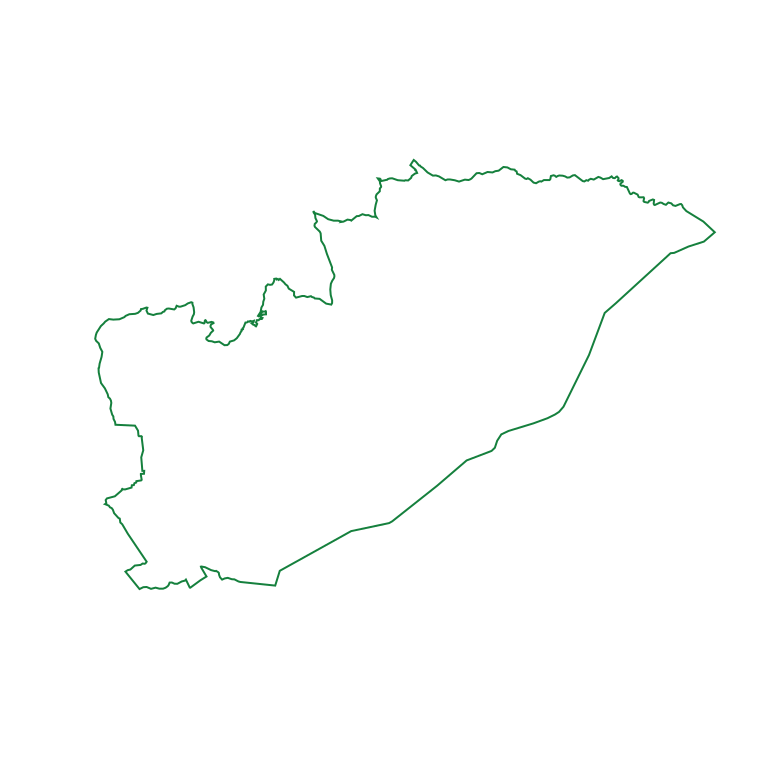 Budesti, Vâlcea, Romania, rotated 192°
{"feature_id": "2599482B58071086432896", "entity_name": "Budesti", "entity_type": "district", "adm_level": 2, "iso_a3": "ROU", "parent_name": "Romania", "parent_adm1": "Vâlcea", "projection": "albers", "projection_center": [24.395, 45.044], "detail": "fine", "context": "isolated", "style": "outline", "palette": "green", "viewbox_px": 768, "rotation_deg": 192, "n_neighbors": 0, "source": "geoboundaries", "source_scale": "gbopen_adm2", "svg_char_len": 6165}
<svg xmlns="http://www.w3.org/2000/svg" viewBox="0 0 768 768"><g transform="rotate(192 384 384)"><path d="M308.3,621.5L312.3,621.1L316.2,616.5L319.4,615.3L321.8,613.5L326.8,612.9L331.5,609.6L334.7,610.2L337.3,609.4L341.1,603.2L342.1,602.2L343.7,601.1L347.4,600.7L352.7,597.6L357.1,598.0L361.9,597.8L364.3,597.3L366.3,596.1L373.4,598.5L376.6,598.8L379.5,598.0L385.4,600.0L390.8,603.4L393.5,604.4L394.1,605.1L395.2,605.1L398.9,608.0L401.5,609.3L403.7,603.5L397.8,600.3L398.0,599.8L396.8,599.1L395.5,597.3L397.5,596.2L400.1,593.2L400.3,591.3L402.7,588.1L405.6,587.7L406.2,587.1L412.9,586.2L418.5,586.9L420.8,586.4L422.8,585.3L423.3,584.5L429.0,581.9L430.0,583.6L430.7,584.0L432.8,583.8L430.2,581.4L429.6,579.5L427.9,576.8L427.8,576.1L428.7,574.4L428.2,571.6L430.7,567.9L431.0,565.9L430.8,564.6L429.1,562.2L429.4,557.6L429.2,551.5L427.5,547.1L425.9,545.4L427.3,545.8L430.5,545.1L434.3,546.0L436.9,545.3L440.4,545.6L443.5,543.1L445.6,542.5L450.0,537.0L450.7,537.4L453.9,537.2L457.4,534.4L459.6,533.6L459.3,534.1L463.1,534.2L467.2,533.3L472.9,533.6L478.3,535.8L487.3,536.9L489.0,538.5L488.5,537.1L486.6,535.3L485.6,532.1L483.4,529.2L483.7,528.1L485.0,526.2L484.9,524.3L484.1,523.2L478.5,519.7L477.3,518.2L475.2,511.1L471.0,506.7L466.9,499.4L459.0,487.2L458.8,485.0L458.4,484.4L455.3,480.4L454.9,479.0L454.9,477.3L456.1,474.2L456.8,471.0L456.2,465.3L454.6,459.9L452.1,455.0L451.6,452.4L452.1,450.7L457.3,450.6L464.7,453.9L469.5,453.3L470.6,454.0L472.5,454.1L473.7,454.7L477.1,453.1L480.2,453.5L482.3,453.1L488.0,450.2L490.4,451.9L491.1,455.4L497.0,457.5L498.9,460.0L501.2,461.1L502.9,462.5L507.6,465.2L508.6,463.9L509.7,464.7L510.6,463.9L511.4,464.7L513.2,464.0L512.9,462.8L513.2,460.3L514.2,458.0L516.1,457.3L518.3,457.3L519.9,454.7L519.0,450.9L520.3,446.5L518.8,442.5L519.2,439.4L518.8,436.3L519.8,433.4L519.7,428.9L521.4,424.4L520.7,424.2L519.7,426.3L518.6,427.7L518.3,428.6L518.7,430.5L518.3,429.8L517.1,429.7L515.8,430.0L514.9,430.7L514.5,430.2L513.9,427.6L516.4,426.9L519.1,424.6L518.5,423.5L516.6,423.3L517.0,422.2L519.2,421.6L519.9,420.3L521.5,420.1L522.0,417.6L520.5,416.4L521.1,413.8L521.7,413.8L522.6,414.8L524.2,414.8L526.0,415.8L525.2,416.1L524.4,417.6L524.4,418.8L526.0,417.8L527.9,417.9L528.7,417.1L530.1,416.9L530.2,416.3L531.1,415.6L532.3,415.3L533.2,409.9L533.8,409.1L533.4,408.3L534.4,407.7L534.1,407.3L534.6,406.7L534.4,405.9L535.1,404.7L535.3,403.1L537.5,398.2L539.7,395.5L543.6,393.4L544.2,390.9L545.4,389.5L548.1,388.8L554.1,391.2L558.2,389.6L561.3,390.0L564.5,389.6L566.9,390.7L567.3,391.5L567.2,392.6L565.0,395.1L564.0,398.1L562.2,400.7L562.6,401.4L565.4,403.6L565.8,404.6L565.5,406.4L563.4,408.1L563.7,408.7L565.6,408.9L569.1,407.2L570.3,407.6L571.5,409.1L572.0,409.3L572.4,408.8L572.3,406.2L572.7,405.8L578.4,406.3L583.2,403.6L583.9,403.8L585.3,404.9L585.7,405.9L585.2,410.3L584.5,412.6L584.6,414.7L586.2,419.4L588.0,422.3L588.3,423.7L589.6,423.9L592.7,422.0L594.8,419.8L599.0,417.4L600.5,417.0L603.1,417.4L603.6,414.7L604.7,413.3L610.2,413.1L612.0,412.5L613.7,410.5L613.9,409.3L615.3,408.5L616.5,406.8L620.9,405.3L624.0,403.5L629.6,403.8L631.6,406.4L631.3,409.4L632.3,409.4L635.5,407.4L637.3,406.7L637.3,405.3L639.5,402.4L642.0,400.9L647.6,399.3L650.9,396.9L651.9,395.4L656.3,392.3L662.2,390.7L666.6,390.3L669.7,387.0L670.8,384.9L673.0,381.8L675.7,374.6L676.0,372.1L675.9,368.2L674.6,366.4L671.4,364.4L669.1,360.4L666.2,356.9L665.9,351.8L666.4,344.8L666.1,340.5L666.5,340.1L665.4,335.9L661.0,326.1L656.1,321.7L652.1,316.5L650.9,313.8L649.0,312.7L647.6,310.9L646.8,308.8L646.5,303.1L643.5,297.5L642.0,296.0L641.3,293.6L639.2,291.0L638.2,288.3L618.9,291.5L614.9,287.2L613.4,282.4L612.8,282.0L610.4,282.5L609.8,282.0L609.8,281.0L605.7,269.1L606.2,261.8L602.3,248.8L600.5,249.2L600.1,246.3L603.1,245.5L602.9,244.4L601.1,239.9L601.5,239.2L606.0,237.5L605.9,236.1L607.5,235.1L607.7,233.1L609.6,232.5L609.4,230.2L615.2,227.1L617.3,226.7L618.2,227.0L618.5,226.5L618.4,225.5L623.9,218.2L631.2,214.5L632.1,212.6L630.8,209.6L631.9,208.5L627.9,207.8L626.4,206.4L624.6,206.0L623.1,204.7L621.1,201.5L616.0,197.8L614.5,197.4L613.1,193.7L610.9,192.4L603.4,184.2L579.2,160.8L580.0,159.0L580.7,158.4L582.8,158.2L584.5,156.4L590.0,154.6L593.5,149.8L596.0,148.6L597.9,146.7L580.5,132.6L577.2,135.2L574.0,136.1L569.3,135.2L565.1,137.3L561.2,137.1L557.5,137.9L555.3,139.3L553.5,141.3L552.9,142.5L552.4,145.2L550.1,145.7L547.4,145.1L544.6,145.6L540.8,148.8L537.8,150.3L537.1,151.5L531.7,144.5L531.1,144.5L522.7,153.9L517.6,158.8L524.6,166.4L525.1,167.3L524.7,167.5L520.9,167.6L514.4,166.0L510.2,165.8L509.4,166.3L507.2,165.5L506.3,164.9L505.6,163.0L504.2,160.8L501.7,159.0L499.4,160.7L496.5,161.9L492.3,161.4L489.7,161.8L485.3,160.6L483.3,160.5L448.5,164.2L447.1,179.6L385.5,233.3L350.1,249.0L347.4,251.4L310.9,295.5L287.3,326.4L264.9,340.9L262.3,344.7L261.5,352.0L258.8,359.1L252.4,364.0L229.6,376.6L217.0,384.5L210.4,389.7L207.0,393.1L203.7,399.1L189.5,455.0L182.9,499.4L174.0,511.2L130.9,571.5L127.4,572.6L114.7,581.8L100.7,589.8L92.0,601.2L105.4,609.3L124.2,616.0L128.3,618.9L129.5,620.9L130.8,621.8L131.9,621.5L135.9,618.8L138.4,618.9L140.5,620.4L143.6,620.6L145.5,617.9L147.9,618.2L149.9,619.0L151.6,618.9L156.3,615.4L157.0,615.5L157.7,616.4L158.1,620.2L159.4,620.4L162.7,618.2L163.2,616.7L163.8,616.2L167.3,616.2L168.2,616.9L168.2,619.8L168.9,620.6L173.0,619.7L173.8,619.9L175.3,622.0L179.5,623.1L180.4,622.8L181.3,621.4L182.3,621.0L183.1,621.5L187.4,627.2L189.2,627.0L190.9,627.7L193.0,627.3L193.9,627.8L194.4,628.6L194.2,629.3L192.5,631.5L192.8,632.4L194.0,632.8L195.9,631.3L197.2,631.4L197.7,631.8L197.2,633.0L197.4,634.1L199.2,635.4L199.9,635.0L200.9,633.5L201.6,633.2L202.9,633.2L204.5,634.4L206.6,632.3L212.3,629.9L215.3,630.9L217.4,631.1L221.3,627.6L224.4,627.7L226.0,626.4L226.6,625.3L228.5,625.4L230.1,623.8L231.8,623.8L240.7,628.0L242.6,627.3L245.4,624.7L247.7,624.0L249.9,624.7L252.5,624.9L255.9,624.4L257.3,623.6L258.6,622.4L260.3,623.3L261.6,623.4L264.0,622.1L263.9,619.0L264.5,617.9L270.0,616.7L272.2,614.7L273.4,614.8L274.7,614.1L277.0,612.0L279.6,612.1L283.2,614.3L286.1,615.2L287.1,614.2L288.6,614.2L293.9,616.7L297.5,617.3L298.5,619.5L299.9,619.9L300.8,620.8L304.6,620.4L308.3,621.5Z" fill="none" stroke="#15803d" stroke-width="2"/></g></svg>